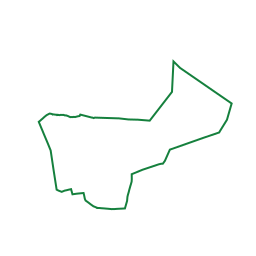 the district of San Juan Colorado, Oaxaca, Mexico, rotated 49°
{"feature_id": "50627088B25667047136129", "entity_name": "San Juan Colorado", "entity_type": "district", "adm_level": 2, "iso_a3": "MEX", "parent_name": "Mexico", "parent_adm1": "Oaxaca", "projection": "equal_earth", "projection_center": [-97.926, 16.501], "detail": "fine", "context": "isolated", "style": "outline", "palette": "green", "viewbox_px": 256, "rotation_deg": 49, "n_neighbors": 0, "source": "geoboundaries", "source_scale": "gbopen_adm2", "svg_char_len": 1741}
<svg xmlns="http://www.w3.org/2000/svg" viewBox="0 0 256 256"><g transform="rotate(49 128 128)"><path d="M186.7,183.1L182.4,176.5L182.3,176.4L179.6,173.6L178.5,172.1L176.9,169.6L175.3,167.3L173.6,164.7L173.2,164.1L172.6,163.1L170.9,160.5L170.7,160.3L169.2,158.8L165.3,155.5L169.0,144.5L175.6,128.6L176.7,126.5L177.8,125.1L177.0,121.7L171.8,110.6L181.3,86.6L184.9,77.5L191.2,62.1L190.8,61.1L186.7,47.9L177.5,33.7L116.8,49.3L107.6,50.0L129.6,71.1L136.7,106.8L128.3,115.0L121.9,122.0L114.7,128.6L113.7,129.7L98.4,146.2L98.0,147.4L96.8,148.0L96.5,148.4L86.6,155.2L86.8,155.8L87.2,156.7L87.0,157.0L86.7,157.5L86.2,158.3L85.0,160.8L84.6,161.1L83.9,161.8L83.6,162.5L83.0,163.0L82.6,163.6L82.0,164.3L81.9,164.5L81.5,164.6L81.1,164.8L80.7,165.0L79.3,165.6L78.7,166.0L78.3,166.2L78.2,166.2L77.9,166.6L77.1,167.2L77.0,167.4L76.9,167.4L75.7,168.2L75.7,168.3L75.1,168.9L74.4,169.7L73.9,170.2L73.5,171.1L72.9,171.6L72.2,172.4L71.9,172.8L71.7,172.6L70.8,173.6L69.9,174.4L68.2,175.9L68.2,176.1L67.6,176.2L66.1,177.3L65.7,177.7L65.7,177.8L65.6,178.0L64.9,181.0L64.8,183.9L64.9,186.9L64.8,187.8L64.9,188.7L64.8,191.3L72.0,193.7L73.6,194.2L76.8,195.3L86.9,198.6L94.2,201.1L111.0,211.8L127.7,222.3L129.7,221.5L132.7,219.9L133.7,216.9L134.6,215.3L135.6,213.3L136.8,211.1L141.6,213.4L144.0,209.7L147.9,204.2L149.7,205.1L152.7,206.8L153.0,207.0L154.9,207.6L158.3,206.8L159.3,206.6L160.9,206.3L163.8,205.6L164.1,205.5L164.4,205.5L165.4,204.9L166.5,204.4L167.6,203.8L168.2,203.5L168.3,203.6L169.6,202.1L171.1,200.7L171.8,200.0L171.9,199.9L172.0,199.8L172.6,199.2L175.9,196.0L177.9,194.1L178.4,193.7L178.6,193.4L179.1,192.8L180.6,191.0L181.4,189.9L181.6,189.6L182.4,188.6L183.0,187.8L184.2,186.3L186.7,183.1Z" fill="none" stroke="#15803d" stroke-width="2"/></g></svg>